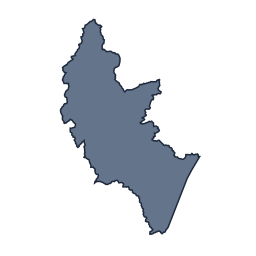 Jauja, Junín, Peru, rotated 101°
{"feature_id": "86281439B89843532498987", "entity_name": "Jauja", "entity_type": "district", "adm_level": 2, "iso_a3": "PER", "parent_name": "Peru", "parent_adm1": "Junín", "projection": "orthographic", "projection_center": [-75.508, -11.659], "detail": "fine", "context": "isolated", "style": "filled", "palette": "slate", "viewbox_px": 256, "rotation_deg": 101, "n_neighbors": 0, "source": "geoboundaries", "source_scale": "gbopen_adm2", "svg_char_len": 5886}
<svg xmlns="http://www.w3.org/2000/svg" viewBox="0 0 256 256"><g transform="rotate(101 128 128)"><path d="M142.4,52.2L142.7,53.7L142.1,53.9L141.3,53.7L140.2,54.8L140.9,56.0L140.9,56.9L141.6,57.4L141.8,57.8L141.7,59.1L141.4,59.6L140.9,59.9L140.8,60.5L142.0,61.0L142.6,61.7L142.6,64.3L143.1,66.2L144.4,65.8L145.3,66.0L146.8,66.5L148.1,67.8L148.5,68.9L148.2,69.3L148.3,69.7L148.0,70.6L148.3,71.1L148.2,72.1L147.9,73.0L147.1,73.8L147.3,75.2L147.1,75.7L147.1,76.7L146.4,77.0L145.9,77.8L144.5,77.3L143.3,77.4L143.0,78.2L141.8,79.0L141.9,79.6L141.5,80.4L140.5,80.5L139.6,81.1L139.2,81.8L139.0,83.6L137.5,84.5L137.4,85.3L137.8,86.3L137.5,87.7L138.2,89.1L134.1,95.2L134.7,96.5L135.6,97.2L135.2,98.9L135.7,100.3L135.3,100.8L135.1,102.0L134.1,102.2L133.7,101.5L133.0,101.3L132.7,100.8L131.6,101.2L131.5,100.4L130.7,99.7L130.2,100.2L129.1,100.4L128.2,101.1L128.0,100.2L125.9,97.5L124.8,96.8L124.3,96.8L124.1,97.2L123.5,97.4L122.9,98.1L122.7,98.9L121.6,98.6L120.7,100.6L120.9,101.5L121.6,102.9L121.0,103.0L120.2,103.6L119.1,103.7L118.1,104.1L117.5,105.4L116.8,106.0L117.7,107.7L117.4,108.2L117.5,108.5L119.0,110.2L119.5,111.4L120.1,111.8L121.2,114.5L121.2,116.5L120.3,117.1L119.9,116.9L119.6,115.8L118.5,115.5L117.1,113.7L116.3,113.4L115.4,114.9L115.5,116.0L115.1,116.0L113.8,113.9L113.2,113.7L112.5,112.8L111.9,112.5L111.7,112.6L111.1,113.7L110.4,113.9L109.3,113.5L108.1,114.6L107.0,114.7L105.9,113.8L105.4,110.7L104.5,110.1L103.6,110.1L102.7,111.2L97.2,110.6L96.3,110.3L95.4,109.3L95.3,108.6L94.8,108.6L93.0,108.8L91.4,110.6L91.1,110.4L90.8,109.1L90.2,108.1L89.9,106.3L88.9,105.8L88.3,104.7L88.3,103.0L86.8,102.3L86.1,102.5L85.6,104.1L84.9,105.2L84.1,106.0L82.1,105.8L80.2,104.9L78.5,105.6L77.1,105.9L75.9,106.5L74.8,106.1L74.4,106.4L75.7,108.7L77.1,109.2L77.3,109.4L78.2,114.6L79.1,115.1L79.4,116.6L80.3,117.7L80.5,118.5L81.2,119.2L81.3,120.2L81.1,121.0L82.6,122.2L82.6,123.1L83.0,123.5L82.9,124.5L85.3,125.5L87.5,128.1L89.7,131.5L90.2,133.1L90.5,135.9L91.0,136.6L93.0,137.9L93.2,138.3L91.5,139.8L90.8,140.1L89.9,141.5L88.8,142.1L86.9,144.6L85.6,145.1L84.1,148.4L82.9,150.2L81.0,149.8L80.1,150.4L78.6,150.2L78.0,150.6L77.0,151.8L75.5,152.7L72.3,152.8L71.6,152.5L71.2,151.8L70.7,151.6L70.0,150.1L68.8,149.0L68.4,148.8L64.6,148.6L61.2,149.1L59.6,150.0L57.6,151.6L57.4,152.8L57.8,154.3L56.6,155.3L57.0,157.4L56.0,159.2L56.1,160.2L57.1,163.2L56.3,165.2L55.5,166.1L55.4,167.2L56.0,167.6L55.4,168.5L54.1,168.6L52.4,169.2L50.1,168.6L49.7,167.9L46.0,168.1L45.6,169.2L43.4,169.9L42.6,170.5L41.8,172.0L39.7,172.9L39.0,173.6L36.2,173.6L35.5,174.4L35.0,174.4L34.2,173.9L34.0,173.4L33.3,173.2L32.3,175.2L32.9,176.1L31.3,179.6L31.1,179.9L30.6,179.8L30.2,180.5L28.2,181.0L28.0,181.9L28.1,182.8L29.2,183.2L30.3,184.3L30.7,185.5L34.2,188.0L35.2,189.6L37.7,189.7L38.9,190.5L39.1,191.6L39.8,191.1L40.2,190.6L41.3,190.3L42.4,189.5L43.3,189.6L44.4,190.4L45.1,190.2L45.4,189.8L46.3,189.9L47.0,190.3L47.4,191.5L48.8,191.0L51.2,189.6L51.9,189.6L54.1,190.2L55.0,191.9L55.6,192.2L56.1,192.1L56.3,191.6L57.0,191.2L59.3,191.3L60.8,192.5L62.2,192.6L64.7,194.0L66.1,194.1L67.0,193.7L68.6,197.2L69.6,197.1L70.2,196.4L70.4,195.5L71.3,195.1L72.2,196.4L74.3,198.2L74.9,199.1L77.6,200.1L77.7,200.8L78.3,201.0L79.2,202.3L81.2,203.8L82.0,203.2L83.9,202.9L84.4,202.1L85.4,201.3L85.6,199.4L87.8,200.5L89.4,200.6L90.3,201.3L91.7,201.1L92.4,201.5L93.4,201.5L94.7,200.3L96.5,199.3L95.6,195.0L95.8,194.9L96.5,195.0L98.0,194.0L101.4,194.1L101.9,194.3L103.0,195.5L103.9,196.0L107.6,196.7L109.5,195.6L109.6,194.6L110.0,193.9L114.0,192.6L115.6,192.9L116.1,193.7L116.0,194.4L116.5,195.0L117.3,195.4L118.6,195.5L120.2,196.8L120.7,196.7L122.3,197.6L123.9,197.6L126.1,196.6L128.8,194.4L129.4,194.5L129.7,194.2L130.1,194.4L132.3,193.9L134.1,191.9L135.3,191.8L135.5,191.0L136.0,190.6L135.5,190.8L134.9,190.6L134.7,189.5L134.0,189.2L132.0,187.1L130.6,186.5L130.5,186.1L130.9,185.5L131.0,184.4L132.9,182.4L133.8,180.5L135.5,180.1L137.3,180.3L139.1,183.6L139.2,184.7L142.6,184.0L143.1,183.6L143.3,182.5L144.3,181.9L145.5,181.8L146.0,181.4L146.5,180.1L147.3,180.2L147.4,178.3L148.7,177.8L150.1,178.5L151.5,177.1L153.2,176.4L153.6,175.7L155.0,174.9L155.6,174.9L156.6,173.6L155.6,172.5L154.6,172.9L153.9,172.2L152.8,171.6L152.3,170.9L150.9,170.3L150.4,170.3L150.2,169.8L148.7,168.7L150.0,168.4L153.3,166.7L154.6,167.7L156.2,166.8L159.9,165.8L160.4,165.4L161.1,165.8L161.8,165.8L163.7,164.8L165.1,165.7L165.4,165.3L165.0,164.2L166.2,161.9L166.4,160.5L167.2,159.9L169.3,159.0L171.1,157.6L172.3,157.1L173.6,157.0L173.0,154.5L174.0,153.7L174.3,152.9L175.1,152.3L175.6,152.1L176.2,152.4L178.9,151.1L179.5,149.8L179.2,148.8L179.8,148.2L180.5,148.0L181.2,148.2L181.9,147.9L182.5,148.0L182.8,148.5L183.4,148.6L184.5,149.4L185.5,149.2L186.7,150.2L188.3,150.2L186.9,149.0L186.3,147.9L186.1,146.2L185.6,145.1L186.0,144.3L186.4,141.8L187.0,140.7L187.1,139.5L187.5,139.2L187.4,137.5L185.9,135.4L185.8,134.8L185.3,134.3L183.9,133.8L183.2,132.4L183.2,131.1L182.1,130.4L181.9,129.7L181.4,128.9L181.7,128.0L183.6,126.5L182.7,123.9L182.9,122.9L183.8,121.6L186.1,121.9L186.8,121.7L186.3,119.9L186.3,118.1L185.4,116.7L187.2,115.2L187.9,115.2L188.2,114.7L188.5,113.6L188.1,112.8L188.2,112.1L188.7,111.6L190.1,111.4L190.4,110.7L190.9,110.3L191.1,108.5L191.6,107.6L192.5,107.0L192.8,106.5L192.8,104.6L193.7,104.3L194.7,103.8L194.8,103.4L196.2,102.9L198.5,102.5L199.4,100.7L200.1,100.3L201.7,100.2L202.9,99.1L203.5,99.0L204.0,98.6L204.4,97.5L206.8,97.4L208.1,96.4L209.5,96.7L211.5,95.5L212.2,94.4L212.0,93.4L212.7,92.5L213.2,92.4L214.5,93.2L216.3,92.9L216.5,92.2L216.3,90.8L216.9,89.5L218.7,89.1L218.9,88.6L219.6,88.1L220.7,87.9L221.1,86.6L221.5,86.1L222.2,85.8L222.4,85.0L223.0,84.2L224.3,84.9L225.6,86.6L228.0,86.3L227.7,84.6L226.8,83.2L225.8,82.3L225.5,81.3L224.9,80.9L224.3,79.6L223.3,78.6L223.5,76.4L223.8,76.1L224.3,76.1L225.3,74.4L223.6,73.1L222.9,71.7L221.3,71.4L217.8,69.7L166.2,60.3L156.6,57.3L142.4,52.2Z" fill="#64748b" stroke="#1e293b" stroke-width="1.5"/></g></svg>